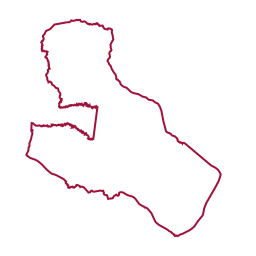 Kaev Seima, Môndól Kiri, Cambodia, rotated 187°
{"feature_id": "14789045B63599255468551", "entity_name": "Kaev Seima", "entity_type": "district", "adm_level": 2, "iso_a3": "KHM", "parent_name": "Cambodia", "parent_adm1": "Môndól Kiri", "projection": "orthographic", "projection_center": [106.845, 12.41], "detail": "fine", "context": "isolated", "style": "outline", "palette": "rose", "viewbox_px": 256, "rotation_deg": 187, "n_neighbors": 0, "source": "geoboundaries", "source_scale": "gbopen_adm2", "svg_char_len": 5989}
<svg xmlns="http://www.w3.org/2000/svg" viewBox="0 0 256 256"><g transform="rotate(187 128 128)"><path d="M47.1,44.3L43.4,50.1L43.0,51.3L42.6,57.4L41.3,62.7L34.3,79.2L31.6,86.2L30.4,92.3L30.6,93.7L31.3,94.9L33.5,97.4L36.3,99.2L41.0,101.0L69.9,119.8L71.2,120.0L72.3,119.7L72.3,119.2L73.0,119.7L73.8,119.8L74.1,120.3L74.9,119.9L76.0,120.5L76.1,120.8L76.4,120.7L77.0,121.1L77.6,122.4L77.4,122.8L78.0,123.7L80.6,125.5L83.5,126.0L85.1,127.6L85.8,127.6L86.6,128.2L87.9,128.2L89.3,128.9L89.9,129.5L93.9,139.6L96.9,149.0L98.9,152.9L101.2,155.8L104.6,156.9L106.7,158.4L110.5,158.6L111.5,158.9L113.6,160.5L117.2,160.9L121.9,162.9L126.6,163.3L129.3,164.1L134.2,167.7L137.8,168.6L138.9,169.2L140.6,170.5L142.0,173.3L143.2,173.7L144.1,174.8L145.1,174.8L145.7,175.5L145.9,177.3L146.9,179.6L148.4,180.9L151.4,184.7L152.8,187.6L154.2,188.7L155.7,191.1L156.5,192.0L156.1,193.7L154.8,195.4L154.6,196.7L155.7,199.9L155.3,201.7L154.4,202.3L153.9,203.5L155.1,205.8L155.0,206.9L155.6,208.4L154.3,212.1L153.3,214.1L154.1,216.0L154.4,217.9L155.3,219.7L155.8,221.2L155.8,223.5L157.3,224.4L159.2,224.5L159.9,224.4L160.3,223.3L161.1,223.5L161.8,223.3L162.7,223.4L164.0,224.0L164.5,224.9L165.1,225.4L165.4,226.3L165.7,226.6L168.2,226.0L168.6,226.3L169.0,226.0L169.6,226.9L170.2,227.0L170.5,227.2L170.4,227.5L171.5,228.3L172.4,227.4L172.6,227.7L173.1,227.5L173.4,227.0L174.5,227.1L175.6,226.6L175.8,226.3L177.1,226.3L177.8,226.6L178.7,226.1L178.9,226.5L179.8,226.7L180.1,226.3L180.6,226.4L183.6,228.4L184.5,228.5L186.2,227.8L187.8,228.1L188.8,229.5L190.9,228.9L192.1,229.2L193.5,228.3L195.7,227.6L197.4,227.9L198.0,226.7L199.1,225.9L202.5,225.2L213.6,221.7L217.4,216.6L221.2,214.3L222.5,210.7L223.5,209.5L223.5,207.9L222.7,206.9L222.5,205.9L223.1,204.2L223.6,204.3L224.0,203.9L224.5,202.3L223.7,201.7L223.4,200.5L222.8,199.7L223.4,199.0L223.5,198.3L222.9,197.7L223.3,196.5L222.7,195.9L223.2,195.3L222.5,193.8L221.7,193.9L220.8,194.4L219.9,193.8L218.0,194.2L217.1,193.8L217.7,192.3L217.2,191.2L218.7,188.3L218.4,187.9L217.1,187.6L216.7,186.7L215.6,185.3L215.8,184.6L214.7,183.5L214.8,182.5L214.1,181.1L214.2,180.7L214.5,180.6L214.6,180.2L213.7,179.0L213.8,177.9L213.1,177.3L213.6,177.1L214.7,175.7L214.1,174.4L214.7,172.4L215.7,171.2L215.7,170.3L214.2,167.7L214.0,166.1L212.9,164.6L212.5,163.6L211.1,164.6L210.5,164.4L209.2,163.3L209.3,162.9L208.5,161.8L206.6,160.9L204.2,158.9L202.7,158.9L202.2,158.5L201.4,156.2L199.4,154.1L199.1,152.5L199.6,151.9L199.6,150.0L198.5,149.0L197.4,148.7L197.9,147.9L197.5,147.6L198.1,147.3L197.6,146.3L197.7,145.3L198.2,145.1L198.8,145.5L199.0,145.3L198.9,144.6L199.3,143.9L198.9,142.3L199.1,140.8L197.9,139.9L197.6,140.3L197.2,140.0L196.6,140.5L196.1,140.2L195.1,140.3L194.2,141.1L192.8,140.7L192.3,141.1L192.5,141.5L192.2,142.0L191.3,142.1L190.4,141.5L190.0,142.2L189.1,142.6L189.1,143.3L188.9,143.4L187.6,143.0L187.3,143.2L187.3,143.8L186.3,144.0L184.7,143.7L183.9,144.6L182.2,144.1L181.7,144.7L181.6,145.7L180.8,145.3L180.3,144.4L179.7,145.0L179.4,146.2L178.2,145.9L178.2,145.4L177.7,145.3L177.6,146.0L176.8,145.9L176.7,146.2L176.2,145.4L175.7,145.3L175.7,145.0L175.0,144.6L174.7,146.0L173.4,146.4L173.8,147.5L173.3,147.7L172.6,147.7L171.7,146.8L172.5,146.4L172.0,145.9L172.1,145.1L171.0,144.7L171.0,145.5L170.4,145.8L170.0,144.9L169.7,144.8L169.3,145.3L169.3,144.5L169.1,144.5L168.8,144.6L169.0,144.8L168.4,144.8L168.4,145.3L168.1,144.9L166.7,144.5L166.1,143.6L165.7,144.0L165.5,143.6L164.2,145.1L163.9,145.1L164.1,144.5L163.6,144.4L163.4,144.7L163.1,144.5L163.1,145.4L162.8,145.5L162.4,145.1L162.0,145.6L161.4,144.5L160.9,144.7L161.1,113.1L161.5,113.2L162.0,112.7L162.3,112.9L162.4,112.6L162.0,112.5L162.1,112.2L162.7,112.2L163.7,112.7L164.2,112.6L164.3,112.0L165.6,112.2L166.5,112.7L165.9,113.9L166.1,114.8L167.0,115.7L168.2,116.1L168.6,117.0L169.3,116.4L170.0,116.2L169.7,117.6L171.3,117.3L172.1,117.5L172.1,118.9L172.8,119.1L173.5,118.2L174.4,119.7L175.1,118.9L176.0,119.9L177.2,119.8L177.7,120.4L177.7,121.2L179.3,121.3L180.0,122.7L181.0,123.6L181.7,123.6L181.6,122.5L181.9,122.0L183.4,121.6L182.8,122.5L183.3,123.6L184.5,124.3L184.8,124.1L184.5,123.2L185.7,124.0L186.2,123.8L186.4,124.1L186.3,124.7L187.7,124.8L188.3,125.4L188.8,124.5L189.7,124.9L190.0,124.4L189.9,123.9L190.3,123.4L190.8,124.2L191.2,124.4L191.4,123.9L191.9,123.8L192.4,122.5L193.4,121.8L193.7,122.0L193.7,123.2L193.9,123.5L194.7,123.4L195.2,122.3L197.0,123.0L197.6,122.3L198.3,122.4L199.3,121.6L200.2,122.1L200.8,121.9L203.0,122.3L204.1,122.1L203.5,121.0L204.1,120.5L205.1,119.9L206.0,120.2L207.3,119.6L208.0,119.8L208.0,120.5L208.5,120.8L209.3,120.3L210.4,120.2L210.8,119.9L211.3,119.9L212.1,120.4L212.5,120.1L212.6,119.6L213.8,119.1L214.3,119.1L214.4,119.5L215.0,119.4L216.5,119.8L218.1,119.2L220.0,119.1L223.0,121.1L224.2,121.2L223.8,114.8L222.7,114.4L222.5,114.0L223.6,113.7L223.7,113.4L222.5,111.9L222.2,110.4L222.6,108.5L222.9,105.2L224.0,100.5L223.6,98.4L223.7,97.7L224.3,96.8L224.1,93.7L225.6,89.1L225.2,88.4L221.2,86.3L215.8,85.1L213.3,84.1L209.1,81.4L203.7,76.9L199.6,74.1L197.6,73.2L194.2,72.7L185.5,69.4L183.7,67.7L182.8,67.3L183.2,66.0L182.3,65.1L181.4,64.9L181.1,64.5L181.1,63.7L180.3,63.6L180.4,62.8L179.9,62.3L180.1,61.6L179.8,61.4L178.7,61.4L177.7,62.6L176.8,62.6L176.0,63.1L175.4,62.9L175.2,62.3L174.2,62.3L172.4,64.0L172.3,65.0L171.4,65.3L168.8,64.5L168.2,63.5L166.7,64.2L164.7,63.8L159.3,59.1L157.7,59.7L157.3,60.9L156.6,61.4L156.0,61.4L155.0,60.6L153.7,60.7L147.5,62.6L145.9,62.2L145.0,62.7L144.0,60.8L144.1,60.0L143.7,59.2L142.2,58.7L140.6,58.7L139.0,55.1L137.8,55.7L135.8,56.0L134.5,56.5L133.8,58.5L131.5,60.4L130.1,59.5L129.1,59.9L128.8,60.5L129.1,62.1L128.3,63.1L127.5,63.4L125.5,63.5L120.2,61.3L114.4,60.3L112.0,58.6L107.6,53.9L103.8,52.2L102.8,52.1L101.9,51.2L101.6,51.4L101.0,51.1L99.9,51.1L97.2,49.0L94.5,46.5L89.8,38.9L88.5,37.5L85.5,35.6L76.4,31.9L74.4,30.6L72.7,30.1L71.7,29.4L71.6,29.0L69.0,27.9L69.1,27.3L68.4,26.5L67.4,26.9L66.5,26.9L66.4,27.2L65.4,26.8L63.1,28.7L61.2,29.5L54.5,34.0L52.7,35.6L50.1,38.4L47.1,44.3Z" fill="none" stroke="#9f1239" stroke-width="2"/></g></svg>